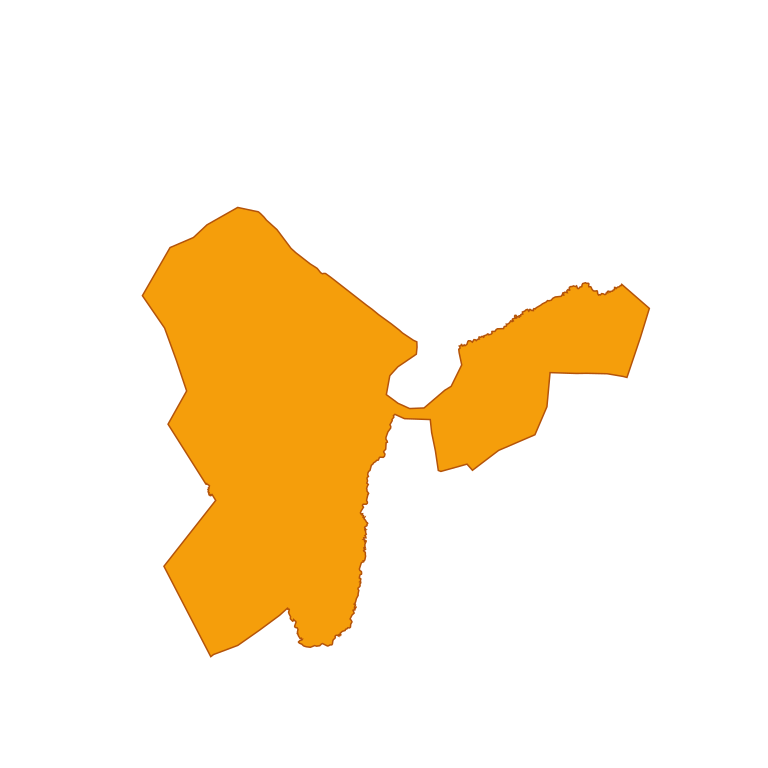 Bayantu'men, Dornod, Mongolia, rotated 157°
{"feature_id": "93677404B39885701054599", "entity_name": "Bayantu'men", "entity_type": "district", "adm_level": 2, "iso_a3": "MNG", "parent_name": "Mongolia", "parent_adm1": "Dornod", "projection": "orthographic", "projection_center": [114.734, 48.046], "detail": "fine", "context": "isolated", "style": "filled", "palette": "amber", "viewbox_px": 768, "rotation_deg": 157, "n_neighbors": 0, "source": "geoboundaries", "source_scale": "gbopen_adm2", "svg_char_len": 6159}
<svg xmlns="http://www.w3.org/2000/svg" viewBox="0 0 768 768"><g transform="rotate(157 384 384)"><path d="M337.3,410.0L339.8,412.7L347.1,423.8L348.8,427.5L353.9,436.7L361.9,450.0L365.7,457.3L369.2,463.2L391.0,502.5L394.6,508.5L396.1,509.3L397.5,509.5L398.3,510.4L398.9,511.5L400.3,516.5L405.1,523.5L414.0,539.5L416.6,545.2L422.2,567.9L428.2,580.8L429.2,584.4L431.0,588.9L432.3,591.5L449.7,603.7L484.7,599.7L502.2,593.3L527.6,593.2L571.9,559.7L564.1,521.2L565.9,486.7L568.4,454.7L598.5,431.4L587.1,361.8L586.4,361.7L586.7,361.2L585.6,360.6L584.4,358.6L585.2,357.4L586.3,356.9L586.1,356.0L587.3,355.6L587.0,354.7L587.9,353.8L588.0,352.9L587.5,352.7L587.4,352.3L588.2,351.5L588.3,350.3L587.6,350.1L587.8,349.4L587.3,349.0L586.9,349.2L587.2,349.6L587.0,350.0L586.5,349.9L586.4,349.0L585.4,349.3L584.4,342.6L657.8,302.2L650.0,200.7L646.5,201.6L620.7,200.5L594.5,206.1L570.4,211.9L560.4,215.4L560.2,215.1L560.5,214.2L559.4,213.8L559.3,213.3L561.0,211.3L561.2,209.5L560.9,206.3L561.8,205.0L561.9,204.3L560.8,201.4L560.1,201.4L559.2,202.5L558.7,201.1L558.0,200.1L558.0,199.2L560.9,196.0L561.0,195.2L560.7,194.5L559.2,193.5L559.1,191.6L560.7,189.4L560.7,188.4L561.3,188.3L561.3,188.0L561.0,186.9L561.2,185.9L560.7,182.7L559.4,182.3L559.8,181.3L558.9,180.9L559.5,180.5L561.6,180.7L563.5,180.0L563.6,179.5L562.9,178.2L561.3,176.6L560.5,174.6L559.9,173.9L558.2,172.5L554.6,170.4L550.0,170.3L548.5,169.0L545.4,168.2L543.2,169.1L542.0,169.1L538.5,165.0L537.5,164.7L535.7,164.9L534.0,164.3L533.1,164.8L531.3,167.8L530.3,168.5L528.5,169.1L527.8,169.9L527.7,170.8L526.8,171.4L525.4,171.2L524.1,169.6L523.8,170.6L522.8,169.9L522.8,170.7L521.7,170.2L521.7,171.7L519.0,172.6L516.1,172.3L515.2,173.2L513.7,173.1L512.5,173.8L511.2,173.0L510.3,173.1L509.8,173.4L508.5,175.9L506.4,177.5L506.5,179.4L507.0,180.5L506.9,181.1L503.7,183.8L501.0,184.8L500.9,187.8L499.2,187.5L499.2,188.3L498.4,188.3L498.3,188.8L497.1,189.2L497.0,189.4L498.5,189.5L498.5,190.0L496.6,191.7L497.4,193.0L496.5,193.0L495.9,194.1L495.4,194.4L493.2,197.3L490.4,199.5L489.8,201.0L487.8,203.9L488.1,205.2L487.7,206.2L485.3,207.1L484.6,208.1L484.4,209.2L483.1,210.0L482.9,210.6L483.6,211.3L482.7,211.5L482.2,212.9L481.5,213.5L481.8,214.4L482.5,214.9L482.2,215.7L480.7,217.6L480.2,217.9L479.1,217.7L478.5,218.6L478.1,220.2L479.1,221.8L479.0,223.3L474.9,228.1L474.0,228.5L472.2,228.3L471.9,228.6L472.1,229.3L471.4,229.1L470.4,229.5L468.2,232.7L467.8,234.4L467.1,235.9L467.1,236.7L467.9,238.1L467.8,238.8L465.9,238.9L466.6,240.4L466.5,241.1L466.0,241.2L465.2,240.6L465.1,241.7L464.3,243.8L461.8,246.3L461.8,246.7L462.3,246.9L463.3,246.5L463.3,246.9L462.6,247.7L463.7,248.9L463.0,248.9L462.7,250.3L460.7,249.5L460.5,251.1L460.9,251.9L459.0,252.6L459.1,254.1L458.6,255.0L458.6,256.5L457.6,256.8L458.6,257.4L458.5,257.8L457.7,258.1L458.0,259.3L457.4,259.9L455.0,260.3L454.7,261.3L453.5,262.0L453.5,262.7L454.1,263.6L454.3,265.8L455.0,267.6L454.9,268.1L453.8,269.0L454.9,269.0L455.4,269.5L454.3,271.0L455.4,272.1L454.5,273.0L456.0,273.5L456.1,274.6L454.6,276.1L451.0,278.6L451.4,280.2L451.2,280.8L450.1,281.4L447.2,280.3L446.0,280.7L445.7,281.2L445.4,281.8L445.6,283.4L444.8,284.8L442.4,288.0L441.6,288.7L441.8,288.8L440.9,289.4L441.5,292.0L441.0,293.3L440.9,294.5L439.4,296.3L437.7,297.7L438.6,299.5L437.0,301.2L436.6,303.7L435.9,304.5L434.4,305.0L434.5,306.8L433.5,308.5L432.1,309.6L430.7,309.9L427.4,314.1L425.4,314.7L424.4,315.5L421.9,315.9L420.8,316.6L418.9,316.2L417.1,318.0L416.4,318.2L413.3,316.8L411.8,317.3L410.6,318.9L410.5,319.5L410.9,321.0L410.7,322.0L407.9,323.3L405.0,329.1L403.6,329.1L403.4,330.2L403.8,332.3L403.1,334.0L399.1,338.4L395.1,340.8L394.3,342.4L394.5,344.2L390.8,347.0L390.5,348.2L387.9,349.6L387.7,351.2L385.8,351.8L378.7,344.1L355.3,333.2L359.1,320.7L362.8,302.4L367.8,283.2L365.8,281.3L338.9,277.8L336.3,270.0L304.4,278.1L264.9,278.3L242.9,299.4L226.7,329.6L202.7,318.5L193.1,314.6L174.5,306.2L160.9,297.5L157.8,295.1L130.0,326.4L110.2,349.9L126.2,382.8L127.0,381.9L127.8,382.3L129.5,381.6L131.2,381.9L133.0,381.2L133.2,382.3L134.0,382.8L135.1,380.8L136.4,380.9L137.3,380.2L139.0,380.7L140.1,380.3L140.5,380.6L140.7,381.6L141.8,381.9L142.5,381.5L142.4,380.6L143.8,381.0L144.8,379.9L145.8,380.0L147.0,381.4L148.4,382.2L149.9,381.4L150.8,382.0L151.7,382.0L152.0,383.6L151.4,385.7L151.5,386.6L153.5,387.1L154.9,388.0L155.6,390.0L155.5,391.1L155.7,392.8L157.4,393.4L157.3,394.3L156.3,396.0L156.3,396.4L156.7,397.0L158.1,397.4L159.0,398.5L161.9,398.8L163.1,397.7L163.9,396.3L165.6,396.7L167.2,395.9L168.0,395.9L168.5,396.5L168.4,399.1L169.7,398.9L171.3,400.3L172.6,400.2L174.4,400.8L175.6,400.5L176.1,399.7L176.3,397.9L176.9,397.9L177.8,399.0L179.1,398.5L179.5,397.8L179.6,396.5L181.7,397.9L182.6,397.5L183.3,398.0L183.9,397.9L184.4,397.2L183.7,396.1L183.8,395.6L185.3,396.4L186.7,395.5L192.4,397.2L195.3,396.9L197.2,395.8L199.5,396.1L200.9,396.9L202.8,396.1L206.8,395.9L209.0,395.3L214.2,394.7L215.4,394.0L216.5,394.8L217.4,394.4L217.8,393.2L219.7,394.2L219.9,395.2L220.7,395.7L222.3,394.4L222.5,394.9L222.4,395.9L222.7,396.6L224.2,396.8L226.1,396.1L228.5,396.2L229.0,394.1L230.2,394.5L231.1,394.3L231.5,393.7L231.5,392.6L231.9,393.6L232.8,394.0L233.3,393.9L233.4,392.8L234.8,393.9L235.4,393.8L236.1,393.0L236.4,393.0L235.4,394.6L235.7,395.7L236.6,396.0L237.3,395.5L237.4,394.2L238.0,393.4L240.0,393.7L240.6,393.4L240.7,392.6L240.3,391.9L240.3,391.5L241.8,391.4L242.2,392.3L242.7,392.6L244.7,391.2L247.1,390.8L248.0,391.3L248.2,390.1L248.8,389.5L250.9,389.9L252.3,388.3L258.0,390.5L259.4,390.3L261.4,389.1L264.0,390.2L264.5,389.8L264.5,389.0L264.8,388.4L266.0,388.0L268.4,388.4L268.7,389.5L269.3,389.6L270.2,389.1L273.2,389.3L273.3,388.7L274.0,388.1L275.1,389.6L276.8,389.2L277.5,389.9L278.2,390.1L278.7,389.3L278.7,388.2L280.6,388.5L282.2,387.9L282.7,389.1L283.9,389.7L286.3,388.0L287.5,389.9L289.3,390.8L290.1,390.5L292.1,388.2L294.2,387.6L294.6,387.7L294.9,388.7L296.3,388.2L297.0,388.4L297.0,390.0L297.3,390.2L298.3,389.3L299.9,389.5L299.7,388.5L300.0,387.3L301.6,386.8L302.6,383.5L305.0,371.2L323.1,355.6L330.5,354.5L356.5,346.3L370.0,351.4L378.6,360.7L386.0,373.3L375.4,389.4L364.6,394.4L342.6,398.8L339.2,405.0L337.3,410.0Z" fill="#f59e0b" stroke="#b45309" stroke-width="1.5"/></g></svg>